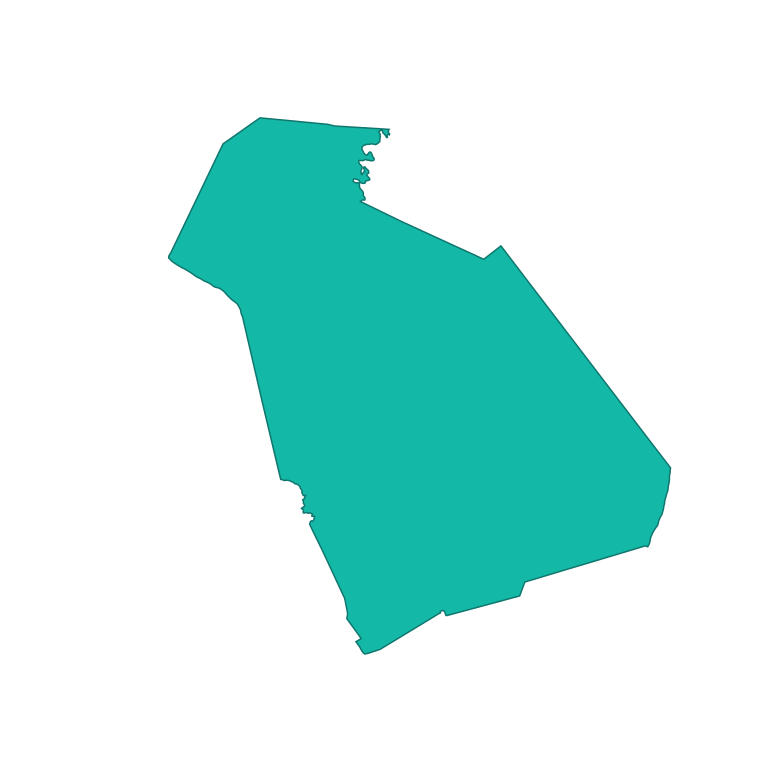 the district of Bavel, Batdâmbâng, Cambodia, rotated 143°
{"feature_id": "14789045B6741933347766", "entity_name": "Bavel", "entity_type": "district", "adm_level": 2, "iso_a3": "KHM", "parent_name": "Cambodia", "parent_adm1": "Batdâmbâng", "projection": "equal_earth", "projection_center": [102.818, 13.225], "detail": "fine", "context": "isolated", "style": "filled", "palette": "teal", "viewbox_px": 768, "rotation_deg": 143, "n_neighbors": 0, "source": "geoboundaries", "source_scale": "gbopen_adm2", "svg_char_len": 4726}
<svg xmlns="http://www.w3.org/2000/svg" viewBox="0 0 768 768"><g transform="rotate(143 384 384)"><path d="M205.6,144.6L205.9,173.0L206.3,234.4L206.5,261.4L207.0,342.9L207.2,368.6L207.5,423.9L229.3,423.6L272.9,504.5L293.0,543.9L292.1,543.9L291.8,543.9L291.4,543.9L290.3,544.0L289.7,543.4L288.9,542.5L287.8,543.1L287.4,543.7L287.1,544.7L287.2,546.3L286.7,547.7L286.1,548.2L285.6,549.0L285.2,549.9L285.1,551.1L285.4,553.1L285.3,555.4L284.4,557.0L283.8,557.8L282.8,559.1L283.1,559.8L283.6,560.4L284.3,560.8L285.0,561.1L285.7,562.0L286.7,564.0L286.2,565.1L285.6,565.6L284.3,565.9L283.6,565.1L282.9,564.2L282.0,562.9L281.3,562.0L281.6,560.8L281.6,560.0L281.3,558.7L280.9,557.8L280.2,557.0L278.6,555.9L277.7,556.2L277.2,556.6L276.5,556.9L275.8,557.0L275.0,556.5L274.0,556.0L272.5,555.7L271.9,556.6L271.9,557.6L272.0,559.1L272.1,561.2L271.2,561.9L270.5,561.7L269.2,561.7L268.8,562.3L268.3,563.1L268.0,564.2L268.3,565.8L268.6,567.0L268.6,567.8L268.6,568.8L269.2,569.4L270.2,569.0L270.5,568.3L270.8,566.9L271.1,566.2L272.0,565.0L272.9,565.6L273.8,565.1L274.5,564.9L275.5,564.5L275.8,565.1L275.4,566.1L274.8,566.8L274.6,567.6L274.0,568.2L272.9,568.8L271.8,569.5L271.0,570.5L270.7,571.8L270.9,573.0L271.0,574.3L270.9,575.5L270.1,577.2L269.6,577.6L268.8,577.2L267.9,576.3L267.3,575.8L266.6,575.3L265.9,574.9L265.3,574.8L264.6,574.6L263.4,574.2L263.0,573.5L262.6,572.8L261.9,572.2L261.0,571.3L260.5,570.6L259.8,570.0L259.1,569.4L258.3,569.0L257.3,568.9L256.2,569.8L256.2,570.9L256.0,573.1L255.7,573.8L255.3,575.2L255.1,576.6L255.3,577.6L256.1,577.9L257.2,577.8L258.2,577.4L259.6,576.9L260.2,577.5L260.9,578.4L261.1,579.8L260.9,581.3L260.7,582.4L260.4,584.6L259.0,586.4L257.9,586.6L256.6,586.9L255.9,586.5L254.2,586.0L252.8,585.3L251.5,584.3L250.0,583.6L249.0,582.9L247.6,581.4L246.9,580.5L246.2,580.1L245.1,580.0L243.6,579.9L241.6,580.1L240.7,580.9L239.8,582.1L238.5,583.4L237.7,584.3L237.4,585.3L236.7,585.7L236.7,587.3L236.5,588.5L235.5,588.5L233.5,588.5L232.8,587.6L233.2,586.4L233.7,585.0L233.3,583.3L233.3,582.1L233.4,581.3L233.4,580.4L233.4,579.0L232.7,579.0L232.4,580.1L231.9,580.6L231.1,580.8L230.1,580.8L229.8,579.8L229.0,580.3L229.2,581.2L229.0,582.1L228.2,583.4L227.6,584.0L226.7,584.3L268.2,619.8L272.8,625.4L282.9,634.6L322.9,671.2L366.8,672.6L367.9,672.7L474.5,617.5L478.8,615.7L480.2,614.2L479.7,612.2L479.7,610.9L479.5,609.5L478.9,607.6L478.1,605.3L477.0,602.4L475.9,599.9L475.3,598.2L474.2,596.4L473.0,593.5L471.7,590.2L470.8,587.6L470.0,585.0L469.4,583.0L468.5,581.1L467.8,579.8L466.8,577.8L466.0,575.5L464.9,573.3L463.6,571.1L462.7,569.2L462.0,567.1L461.5,565.0L460.5,562.8L459.6,561.8L458.3,560.3L457.1,557.7L456.3,554.9L456.0,552.7L455.8,549.5L455.4,546.4L454.9,543.4L453.9,539.9L453.0,536.6L453.2,533.7L453.8,530.5L454.3,528.7L455.6,526.4L456.4,523.4L456.8,522.2L491.8,443.5L523.9,370.0L523.3,369.3L522.3,368.1L522.0,367.3L521.5,366.7L520.3,366.2L519.4,365.5L518.5,364.6L517.4,363.5L516.9,362.4L516.5,361.4L515.9,360.6L515.5,359.9L515.3,358.1L514.4,357.1L513.6,356.0L513.3,355.0L513.0,353.8L513.0,352.8L513.3,351.7L513.6,350.9L513.5,349.4L513.6,348.3L514.3,347.4L514.9,347.0L515.0,345.9L515.3,345.1L515.6,344.0L515.1,342.8L513.8,342.3L514.6,341.7L515.7,340.9L516.9,340.4L518.7,340.4L518.9,339.4L519.2,338.4L519.6,337.8L520.2,337.3L520.2,335.4L521.0,334.4L522.3,334.1L523.7,334.5L524.9,334.1L524.3,332.9L524.0,332.1L524.6,331.3L525.4,330.7L526.0,329.6L525.1,328.8L524.2,328.5L523.5,328.2L522.8,327.4L522.4,326.4L521.8,326.1L520.7,325.7L520.3,324.9L519.7,323.9L519.6,322.9L520.4,322.7L521.1,322.0L520.6,321.1L519.9,320.7L519.1,320.3L520.0,319.2L521.1,318.4L522.2,317.6L523.6,317.5L524.5,318.5L525.9,318.2L527.7,316.9L528.5,313.4L530.0,306.0L533.0,290.2L535.5,278.3L542.5,245.6L544.4,236.5L550.1,224.7L551.4,222.3L554.9,219.0L555.4,194.4L561.5,195.1L561.6,191.7L561.6,188.9L562.3,184.9L562.4,181.8L561.8,179.8L560.1,179.2L559.3,178.7L557.6,178.1L547.0,174.5L545.2,174.3L544.5,174.2L478.4,167.6L477.4,167.3L476.6,167.3L476.0,168.3L474.6,168.3L473.9,167.9L473.2,167.4L472.7,166.8L472.6,165.3L473.2,163.9L473.5,162.9L473.8,162.1L473.3,161.3L403.2,133.1L390.7,141.1L353.0,127.2L300.7,107.8L272.8,97.5L271.3,95.3L268.3,96.7L266.5,98.1L265.4,99.1L264.2,100.3L262.9,101.2L260.5,102.6L257.4,104.2L255.7,104.8L252.9,105.8L251.1,106.2L249.1,107.5L247.0,109.3L245.7,110.1L244.1,111.0L242.4,111.8L240.9,112.5L239.8,113.1L238.7,114.0L237.6,114.9L236.7,115.4L235.5,116.6L234.9,117.1L233.9,118.2L232.6,119.1L231.5,120.2L230.5,121.3L229.3,122.4L228.0,123.3L226.9,124.1L225.4,125.3L224.5,126.0L223.3,126.9L222.1,127.6L221.2,128.4L219.9,129.7L218.8,131.0L217.5,132.2L216.1,133.3L214.7,134.7L213.8,135.6L212.5,137.3L211.3,138.8L210.4,139.7L208.9,141.0L207.0,143.2L205.6,144.6Z" fill="#14b8a6" stroke="#0f766e" stroke-width="1.5"/></g></svg>